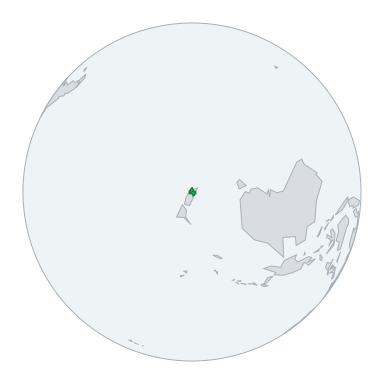 Otago highlighted on a globe, orthographic projection, rotated 168°
{"feature_id": "NZL-3407", "entity_name": "Otago", "entity_type": "Regional Council", "adm_level": 1, "iso_a3": "NZL", "parent_name": "New Zealand", "parent_adm1": "", "projection": "orthographic", "projection_center": [169.783, -45.312], "detail": "fine", "context": "on_globe", "style": "filled", "palette": "green", "viewbox_px": 384, "rotation_deg": 168, "n_neighbors": 0, "source": "natural_earth", "source_scale": "10m", "svg_char_len": 5828}
<svg xmlns="http://www.w3.org/2000/svg" viewBox="0 0 384 384"><g transform="rotate(168 192 192)"><circle cx="192" cy="192" r="169" fill="#eef3f6" stroke="#a8b0b8"/><path d="M220.8,111.3L221.0,112.4L220.7,112.5L220.8,111.3ZM294.1,326.6L296.5,324.7L290.1,329.4L291.5,327.8L295.9,324.0L293.2,325.1L296.2,322.1L291.7,325.3L291.3,322.5L285.2,325.6L283.6,323.2L279.5,325.0L280.8,323.6L280.8,322.3L279.0,322.5L285.5,317.4L293.4,314.3L295.6,314.9L297.5,312.7L302.7,313.1L302.8,311.6L312.4,306.7L317.0,304.5L324.3,297.1L315.1,307.8L305.0,317.6L294.1,326.6ZM282.6,59.9L281.4,57.8L284.3,60.0L282.6,59.9ZM279.3,56.0L280.0,56.8L279.1,56.0L279.3,56.0ZM277.7,55.0L278.9,55.7L277.6,55.1L277.7,55.0ZM275.6,54.0L276.7,54.5L275.6,54.0ZM272.2,51.9L271.3,51.4L272.2,51.6L272.2,51.9ZM272.9,326.1L284.1,318.0L278.6,322.5L279.3,324.6L271.8,329.0L272.9,326.1ZM273.1,332.2L271.3,334.6L269.5,335.5L270.4,334.0L273.1,332.2ZM104.4,47.5L101.9,49.2L96.4,52.7L98.5,51.3L104.4,47.5ZM85.1,61.1L85.4,61.0L81.2,65.1L66.1,80.7L57.2,91.0L55.7,93.3L54.4,94.4L49.2,102.1L49.0,106.8L47.9,110.2L41.1,123.3L41.5,121.0L37.9,123.9L34.7,133.5L37.4,133.5L38.2,139.6L35.1,142.1L34.5,137.2L33.3,138.0L35.4,130.1L37.5,123.5L43.3,111.7L50.1,100.3L57.7,89.5L66.1,79.4L75.2,69.9L85.1,61.1ZM82.3,296.1L84.2,295.5L84.9,297.6L82.3,296.1ZM62.9,136.9L66.4,135.0L66.4,135.7L62.9,136.9ZM59.1,137.5L62.8,134.7L58.7,139.3L59.1,137.5ZM64.4,133.7L68.2,129.6L69.9,127.4L69.8,128.9L64.4,133.7ZM56.6,139.6L44.9,151.3L40.7,154.7L41.3,151.3L48.1,143.9L56.6,139.6ZM41.0,151.7L35.1,153.6L29.9,148.7L31.7,144.8L37.7,142.8L37.2,145.3L40.8,145.2L41.0,151.7ZM56.7,123.2L56.3,129.3L49.4,135.2L46.5,137.3L44.5,132.6L45.6,128.0L47.8,125.6L58.7,105.3L62.0,104.9L58.2,112.2L61.1,114.2L56.7,123.2ZM64.6,94.5L59.2,102.5L64.6,93.3L64.6,94.5ZM68.7,87.1L68.3,89.1L67.1,88.4L68.7,87.1ZM54.2,96.1L51.7,99.3L52.4,97.9L56.0,93.1L54.2,96.1ZM78.0,69.0L75.1,72.7L73.7,74.5L73.9,73.3L78.0,69.0ZM197.2,179.2L201.8,181.8L199.0,187.8L193.7,193.8L185.7,194.8L197.2,179.2ZM142.7,194.2L137.8,187.0L145.2,185.2L146.1,192.1L142.7,194.2ZM201.2,175.1L203.5,169.0L199.8,160.3L205.0,168.6L212.3,170.7L204.0,181.7L201.2,175.1ZM102.4,173.9L83.4,199.4L77.9,201.4L76.4,195.6L65.6,184.7L67.1,183.7L62.5,175.4L72.1,157.7L78.0,137.6L86.7,134.0L91.2,121.3L101.2,118.1L100.1,126.9L112.6,128.6L115.9,109.1L128.6,126.3L141.0,132.3L150.4,146.2L146.6,174.4L139.7,181.2L136.2,178.9L133.9,182.5L127.2,182.5L119.0,174.6L117.0,178.3L116.9,171.0L114.9,178.1L109.3,173.7L102.4,173.9ZM176.1,120.6L178.9,121.4L184.7,125.7L180.2,124.6L176.1,120.6ZM214.1,113.9L216.5,116.2L213.2,115.9L214.1,113.9ZM220.7,112.5L216.8,112.3L220.8,111.3L220.7,112.5ZM184.7,109.1L186.5,110.6L185.6,110.9L184.7,109.1ZM183.5,108.6L184.4,106.7L184.9,108.7L183.5,108.6ZM168.7,97.5L169.8,96.6L170.7,97.3L168.7,97.5ZM71.7,131.5L76.2,123.7L79.2,121.7L71.7,131.5ZM166.2,95.5L162.7,95.3L162.8,94.4L166.2,95.5ZM165.9,93.2L165.3,91.9L168.1,95.0L165.9,93.2ZM158.8,90.4L163.4,92.6L158.4,90.7L158.8,90.4ZM156.5,90.8L153.4,89.9L153.6,89.5L156.5,90.8ZM126.9,95.9L137.7,102.2L130.0,103.2L121.1,99.9L115.9,105.8L103.0,108.8L105.4,105.1L103.2,101.6L91.1,104.6L88.6,103.0L92.6,99.6L85.1,101.0L93.2,96.2L96.9,99.9L101.7,94.1L110.7,92.2L120.2,91.6L128.7,94.0L126.9,95.9ZM94.0,107.7L95.5,107.1L94.4,109.3L94.0,107.7ZM147.7,87.2L152.1,89.6L151.7,90.3L149.6,90.0L147.7,87.2ZM130.5,92.7L139.2,86.9L141.5,86.7L135.8,92.6L130.5,92.7ZM136.7,84.3L141.2,84.4L143.8,86.6L142.9,87.4L136.7,84.3ZM77.4,110.5L77.2,112.1L75.2,112.0L77.4,110.5ZM79.9,108.2L86.0,106.8L79.4,109.8L79.9,108.2ZM63.3,113.7L64.8,115.9L69.6,110.5L66.0,116.0L69.6,119.5L68.7,122.4L65.0,118.4L64.4,125.6L62.4,126.9L60.8,122.3L62.7,114.4L64.7,110.3L73.5,103.5L63.3,113.7ZM79.7,104.2L78.1,101.2L79.4,98.1L81.0,99.1L79.7,104.2ZM74.4,95.0L71.2,93.4L67.7,97.2L75.6,87.2L77.2,90.3L74.4,95.0ZM72.8,88.4L69.4,91.8L73.4,86.6L72.8,88.4ZM68.9,91.1L69.3,88.7L71.6,87.4L68.9,91.1ZM74.4,87.5L76.3,82.7L76.8,84.4L74.4,87.5ZM70.3,83.8L73.9,84.3L67.9,87.3L71.0,79.7L73.8,77.4L70.3,83.8ZM106.9,46.8L108.0,45.8L111.5,44.0L109.7,45.2L106.9,46.8ZM131.5,34.2L130.7,34.6L123.9,38.1L112.8,43.2L104.1,48.0L105.3,47.5L100.7,50.9L100.5,50.3L108.8,45.1L114.9,42.0L118.7,39.9L124.9,37.1L128.0,35.6L128.5,35.4L131.5,34.2Z" fill="#d9dde1" stroke="#a8b0b8" stroke-width="1"/><path d="M194.9,191.0L194.7,191.3L194.5,191.6L194.4,191.8L194.3,192.0L194.3,192.3L194.2,192.4L194.2,192.5L194.1,192.8L194.0,192.7L194.0,192.8L193.9,192.9L193.9,193.0L193.7,193.2L193.8,193.2L193.8,193.3L194.0,193.3L193.9,193.4L193.8,193.5L193.7,193.5L193.8,193.6L194.0,193.5L194.0,193.4L194.1,193.5L193.9,193.7L193.9,193.8L193.5,193.8L193.3,193.9L193.1,194.0L193.0,194.3L192.9,194.4L192.9,194.5L192.7,194.7L192.6,194.8L192.2,195.0L192.1,195.3L192.0,195.5L191.9,195.4L191.8,195.5L191.7,195.5L191.8,195.5L191.7,195.7L191.4,195.8L191.2,195.9L191.0,196.0L190.9,196.0L190.8,195.9L190.8,195.7L190.8,195.4L190.8,195.2L190.7,195.1L190.8,194.9L190.8,194.7L190.7,194.5L190.7,194.4L190.7,194.2L190.5,193.9L190.5,193.7L190.4,193.6L190.4,193.4L190.4,193.2L190.6,192.8L190.7,192.4L190.8,192.3L190.7,192.2L190.5,191.9L190.4,192.0L190.2,192.3L189.9,192.3L189.9,192.2L189.7,192.0L189.7,191.9L189.3,192.0L189.1,192.0L188.9,192.0L188.9,191.9L188.8,191.7L188.9,191.2L188.7,191.1L188.6,190.9L188.5,190.7L188.6,190.4L188.6,190.0L188.7,189.9L188.8,189.8L188.8,189.7L189.2,189.6L189.6,189.4L189.8,189.3L189.9,189.2L190.0,189.0L190.0,188.9L190.2,188.7L190.3,188.6L190.5,188.4L190.8,188.4L191.0,188.4L191.3,188.3L191.4,188.2L191.5,188.2L191.8,188.1L191.8,188.3L191.7,188.4L191.7,188.5L191.5,188.8L191.5,189.3L191.6,189.5L191.7,189.8L191.8,189.9L191.9,190.0L192.0,190.1L192.3,190.1L192.4,190.3L192.4,190.5L192.5,190.7L192.6,190.8L192.8,190.9L193.0,190.8L193.1,191.0L193.3,191.3L193.5,191.1L193.8,190.9L194.0,190.8L194.2,190.7L194.6,190.9L194.8,190.9L194.9,191.0Z" fill="#22c55e" stroke="#15803d" stroke-width="1.5"/></g></svg>